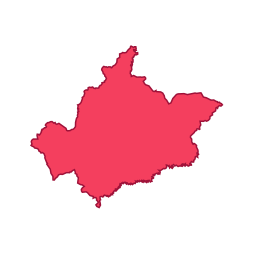 the district of Ango, Orientale, Democratic Republic of the Congo, rotated 146°
{"feature_id": "63176286B24678106401017", "entity_name": "Ango", "entity_type": "district", "adm_level": 2, "iso_a3": "COD", "parent_name": "Democratic Republic of the Congo", "parent_adm1": "Orientale", "projection": "orthographic", "projection_center": [26.048, 4.445], "detail": "fine", "context": "isolated", "style": "filled", "palette": "rose", "viewbox_px": 256, "rotation_deg": 146, "n_neighbors": 0, "source": "geoboundaries", "source_scale": "gbopen_adm2", "svg_char_len": 5757}
<svg xmlns="http://www.w3.org/2000/svg" viewBox="0 0 256 256"><g transform="rotate(146 128 128)"><path d="M196.4,78.2L193.9,79.5L193.7,80.0L194.0,80.4L193.2,80.9L192.3,83.3L191.9,83.8L190.9,83.8L190.4,85.7L189.5,86.6L188.4,86.2L187.9,85.8L187.7,85.1L186.7,84.8L186.0,85.6L185.0,85.5L184.7,84.8L184.0,84.5L184.0,83.8L183.3,83.6L183.7,83.2L183.5,82.9L182.5,82.9L182.5,81.8L181.2,82.1L181.0,81.7L179.7,82.3L179.2,81.9L179.0,82.5L178.2,81.7L178.1,82.4L177.3,82.7L176.8,82.8L176.7,82.1L176.2,82.2L176.1,83.0L175.3,83.5L174.3,83.6L174.0,82.9L173.3,82.7L173.1,83.2L172.4,83.3L172.8,84.1L172.5,84.5L171.9,84.2L172.0,83.4L171.5,83.3L171.8,82.8L170.6,83.2L170.2,83.8L169.7,83.2L169.3,83.5L168.7,83.3L168.7,84.5L168.0,84.5L167.5,83.6L167.0,84.5L167.3,84.8L166.3,85.7L166.4,84.2L165.8,84.2L165.3,85.9L164.5,85.4L164.1,85.9L163.4,85.0L162.6,85.7L162.3,85.3L162.4,84.6L161.9,84.8L161.4,84.5L160.9,84.8L160.4,84.3L160.1,83.8L160.8,83.5L160.6,82.3L159.3,82.6L159.3,81.0L158.1,81.0L158.0,80.4L157.3,80.3L157.4,79.6L156.8,79.6L156.4,80.4L155.8,79.7L155.8,78.6L154.1,78.9L153.0,78.0L152.4,78.6L151.4,78.5L151.3,79.4L150.5,78.2L150.1,79.0L149.7,79.1L149.1,77.7L148.2,78.0L148.4,77.1L146.2,76.9L146.7,75.9L146.2,75.0L145.6,75.2L145.4,76.1L144.7,75.0L145.0,74.3L144.0,74.4L143.9,75.3L143.1,74.3L143.7,73.9L143.0,72.3L142.4,72.5L141.8,73.7L141.3,73.5L141.8,73.0L141.5,72.0L140.2,72.9L139.6,72.6L139.7,70.8L138.7,70.8L138.0,70.4L137.8,71.3L136.6,72.8L135.6,72.2L134.9,72.2L134.7,72.5L135.5,73.1L135.4,74.3L133.8,74.0L133.2,75.3L132.2,74.8L132.2,74.0L131.1,74.7L129.2,74.3L129.0,72.9L128.5,72.8L127.9,73.5L127.4,72.1L126.1,73.3L125.7,74.6L125.9,75.5L124.9,74.6L121.0,74.5L120.3,73.6L118.7,73.5L117.7,74.1L116.9,75.8L116.1,74.9L115.8,73.7L115.0,73.8L115.8,71.7L113.7,72.2L114.4,71.2L113.9,69.8L112.3,70.4L113.3,70.7L113.2,71.3L112.3,71.9L110.8,72.3L110.2,70.3L108.8,70.2L108.0,68.1L106.0,67.5L105.6,67.0L104.6,67.4L104.8,66.3L104.5,65.9L103.5,66.0L103.0,66.7L103.2,67.7L102.5,67.6L102.0,66.3L100.5,66.3L101.2,65.5L102.1,65.2L102.0,64.5L100.2,64.7L99.5,64.0L99.5,62.9L99.1,62.6L97.2,62.5L96.2,61.8L95.8,62.5L96.9,63.8L96.7,64.0L95.3,64.1L94.2,64.8L93.2,63.3L92.4,63.2L91.7,64.5L90.6,64.4L89.6,65.0L88.4,66.4L87.4,66.4L86.6,64.8L86.0,66.3L84.1,66.8L84.2,67.5L85.1,67.3L85.3,67.8L84.6,68.8L83.4,68.8L82.4,70.6L81.9,74.1L80.9,75.2L81.6,77.9L82.2,78.4L83.0,78.1L83.2,78.5L82.9,80.9L81.4,83.2L81.5,85.3L80.6,86.4L75.6,87.2L74.5,87.9L72.4,87.7L71.9,88.5L71.2,88.7L70.0,87.8L69.8,87.0L69.1,86.9L68.6,88.1L67.7,89.1L66.0,89.8L64.5,93.3L61.6,91.3L59.9,91.1L59.0,89.7L57.1,89.4L55.0,89.9L53.6,91.7L50.6,91.6L49.8,93.3L45.9,93.2L43.7,95.5L42.9,95.4L42.7,94.3L41.4,95.3L39.7,95.5L38.7,94.2L36.8,94.4L36.9,96.0L37.7,96.8L37.7,98.1L39.4,99.1L39.2,99.9L40.2,101.0L41.2,103.2L43.6,104.7L46.2,109.3L48.2,111.5L47.8,116.2L48.4,116.7L51.7,118.3L52.9,119.5L60.1,122.5L62.4,125.2L67.5,128.3L69.1,128.7L74.3,127.4L78.4,124.8L80.7,125.2L80.4,129.4L80.9,132.0L79.9,134.6L79.7,137.5L80.7,139.6L83.9,142.1L84.4,142.7L83.9,143.4L86.0,143.6L86.7,144.7L87.1,151.2L89.2,154.0L89.5,155.7L89.2,158.2L85.9,158.8L85.4,159.7L85.6,161.1L88.3,162.4L89.0,163.2L92.2,165.2L94.0,168.4L96.4,168.9L95.7,170.2L95.7,171.9L94.1,173.8L93.4,173.4L92.1,174.4L91.3,176.1L90.3,177.1L90.8,177.6L90.8,178.4L90.3,178.7L89.8,177.8L89.4,177.7L88.6,178.5L88.6,179.8L88.1,180.8L87.6,179.7L87.0,179.9L85.6,181.9L85.8,182.6L85.2,183.6L84.0,183.4L83.6,184.2L82.4,184.2L81.6,185.0L79.9,183.9L78.6,183.8L77.9,185.1L79.6,185.9L79.5,187.5L80.0,188.8L79.5,189.8L78.7,189.1L78.2,187.9L77.8,187.8L77.8,188.5L77.0,189.0L76.1,191.0L77.3,191.8L78.2,191.6L79.7,194.2L80.3,194.1L81.5,193.0L83.8,192.8L87.2,191.6L89.2,192.5L90.2,193.6L91.6,193.5L93.5,194.1L95.4,191.2L98.4,191.3L100.6,188.6L103.2,187.5L105.9,187.7L107.6,187.1L108.2,187.3L108.2,188.3L109.8,189.5L111.3,189.8L111.8,190.9L112.7,191.3L113.6,192.6L115.2,192.4L116.6,191.7L117.3,190.9L117.4,188.7L118.1,186.9L117.5,185.5L118.2,183.8L117.9,183.0L118.3,181.0L120.3,180.0L121.3,180.1L121.9,179.1L124.3,180.1L124.7,179.2L126.8,178.5L127.4,178.9L128.7,178.5L129.8,177.6L130.9,178.0L132.3,179.2L133.1,179.0L134.3,180.5L134.2,181.2L134.7,182.0L135.9,182.1L137.0,183.3L138.4,183.7L139.8,182.1L140.4,182.1L141.4,183.0L143.2,183.2L144.1,182.7L144.4,181.1L146.9,179.0L148.9,178.9L149.3,177.9L152.6,175.4L155.0,174.8L156.8,175.3L156.9,174.3L158.8,172.3L158.2,171.6L158.4,171.3L158.7,171.3L158.6,171.8L159.0,171.7L160.1,169.6L159.8,169.4L159.3,170.0L159.7,169.2L160.9,169.3L161.4,167.9L162.8,166.9L163.2,165.8L164.0,165.1L165.0,165.0L166.3,163.9L168.3,162.0L170.8,158.5L173.0,157.7L174.2,157.6L175.7,158.3L177.3,158.2L179.5,159.3L180.2,160.3L179.6,162.4L182.7,170.5L185.0,170.9L185.6,172.1L185.4,173.3L186.7,173.5L187.4,175.8L188.8,176.6L190.4,176.7L191.7,177.4L193.9,177.1L194.9,176.6L194.8,174.8L195.2,174.4L196.2,174.4L197.1,174.9L198.8,174.6L199.9,175.0L200.7,174.6L200.8,174.0L201.7,173.8L202.2,173.0L205.0,171.8L205.6,171.8L205.8,172.8L206.7,173.6L207.5,172.8L209.0,169.3L212.8,171.8L214.7,171.6L215.9,170.7L216.6,168.4L218.1,167.8L217.6,166.4L216.7,165.3L216.6,163.7L214.5,161.5L214.3,160.2L214.7,158.5L214.0,157.2L214.1,155.9L212.7,155.5L212.0,153.7L212.7,150.7L213.6,149.8L214.7,145.0L214.6,143.7L215.5,143.5L215.5,137.3L217.2,133.5L217.3,129.9L219.2,126.9L218.3,126.1L217.7,126.2L216.5,126.8L213.8,127.0L211.8,128.0L209.4,127.3L208.7,126.4L207.9,126.1L204.0,125.4L201.4,123.6L200.7,124.0L199.7,123.3L197.8,123.7L195.7,123.4L196.4,120.8L197.2,119.8L196.3,118.2L197.2,116.8L196.9,114.6L200.5,110.5L199.0,107.6L197.7,106.4L196.9,104.1L199.3,103.9L201.0,103.2L201.8,101.7L201.8,100.3L198.4,98.5L197.7,97.0L197.3,93.3L195.0,90.6L196.1,89.3L194.8,89.1L193.5,88.2L193.7,86.5L194.4,85.9L194.0,83.2L194.6,82.8L197.6,82.2L197.7,80.4L196.4,78.2Z" fill="#f43f5e" stroke="#9f1239" stroke-width="1.5"/></g></svg>